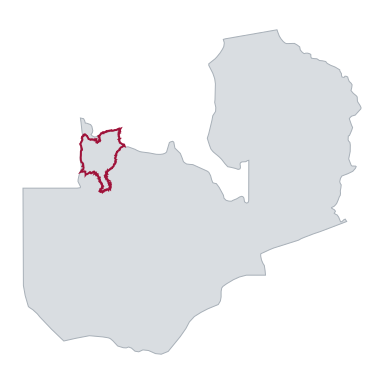 Mwinilunga, North-Western, Zambia shown in context
{"feature_id": "96606910B26185337086625", "entity_name": "Mwinilunga", "entity_type": "district", "adm_level": 2, "iso_a3": "ZMB", "parent_name": "Zambia", "parent_adm1": "North-Western", "projection": "robinson", "projection_center": [24.888, -12.156], "detail": "fine", "context": "in_parent", "style": "outline", "palette": "rose", "viewbox_px": 384, "rotation_deg": 0, "n_neighbors": 0, "source": "geoboundaries", "source_scale": "gbopen_adm2", "svg_char_len": 9289}
<svg xmlns="http://www.w3.org/2000/svg" viewBox="0 0 384 384"><path d="M265.5,275.2L246.3,275.2L239.4,277.0L233.6,279.6L226.7,283.7L222.8,286.5L221.7,288.1L221.1,291.6L221.1,297.0L220.4,300.9L218.3,304.5L207.9,308.8L201.1,312.3L194.4,316.5L189.4,321.9L185.9,328.5L180.2,336.7L168.2,351.4L161.3,354.2L155.5,353.6L148.5,350.5L142.9,349.9L138.8,351.8L135.0,351.2L131.5,348.1L128.6,347.0L126.2,347.9L123.2,347.7L117.7,346.0L112.9,340.8L110.3,338.6L108.3,337.8L102.6,336.9L89.4,335.7L75.8,338.3L63.8,341.0L51.6,329.3L39.8,316.9L37.3,313.8L32.8,309.7L29.6,307.6L28.4,306.6L25.2,295.6L23.4,285.5L23.0,188.2L76.9,188.2L80.3,187.7L80.5,186.7L78.0,181.5L78.1,179.7L78.8,176.1L81.1,169.1L81.3,166.7L80.2,159.1L80.3,154.8L80.9,146.1L80.5,143.2L81.8,139.3L82.2,136.7L82.7,135.6L82.1,132.6L81.0,122.3L80.4,118.0L83.6,118.7L84.7,120.8L85.3,123.1L86.7,123.2L90.6,124.6L91.9,126.5L92.8,130.7L92.3,132.8L91.0,134.5L92.3,136.0L94.8,137.0L96.3,136.7L100.7,133.9L104.7,132.8L106.7,132.1L115.6,130.3L117.4,129.2L118.6,129.2L119.5,130.1L118.7,133.0L118.4,135.6L119.5,140.5L120.4,142.8L122.2,144.4L123.6,145.3L125.1,147.1L128.1,146.8L135.0,149.3L137.0,150.4L139.9,151.6L141.9,152.0L149.0,152.9L156.4,154.3L160.2,154.4L163.0,154.0L164.9,153.3L166.1,152.5L166.6,151.9L169.4,142.5L170.8,141.8L172.7,141.3L173.8,142.2L174.9,148.1L180.3,153.4L182.1,157.8L183.4,161.6L184.6,162.7L186.6,164.0L189.9,164.4L192.8,164.6L207.2,171.1L208.8,172.3L210.6,175.7L211.6,179.6L212.8,182.7L214.6,183.3L216.3,183.6L217.9,185.7L219.2,187.5L223.4,195.2L224.0,198.2L226.1,200.3L228.9,201.1L231.5,201.2L233.0,200.3L236.7,198.8L239.6,197.0L241.7,196.3L242.9,196.7L243.9,198.0L244.5,201.8L246.5,203.1L248.0,202.6L248.6,201.1L248.7,200.3L248.8,160.3L247.5,160.6L245.8,161.7L242.0,161.9L240.5,162.7L240.0,164.0L240.3,165.7L240.4,167.9L239.8,169.0L238.1,169.4L235.7,168.5L231.3,167.4L227.7,166.7L225.0,163.7L221.5,159.2L219.2,156.9L213.6,152.2L212.6,151.2L210.9,149.0L209.5,145.3L208.1,140.9L207.3,138.2L208.7,133.9L212.0,120.1L212.8,115.7L215.6,111.4L215.8,107.4L214.7,102.4L215.0,99.6L215.4,83.8L214.7,78.7L212.8,73.2L208.8,65.4L208.8,63.8L215.1,58.8L216.9,56.9L220.2,52.8L222.4,49.3L223.8,46.5L224.3,42.9L223.3,39.4L225.4,38.8L277.0,29.8L277.8,32.2L279.3,36.1L281.1,39.0L283.3,41.6L285.2,43.1L286.4,43.6L294.4,43.4L297.2,45.0L299.7,46.9L300.3,50.0L301.9,51.9L303.7,53.4L304.4,53.6L305.7,53.2L307.9,53.2L309.8,53.8L310.8,54.5L310.9,57.0L311.5,58.2L314.1,58.6L316.9,58.8L319.5,60.5L322.4,60.8L325.7,61.5L327.2,63.4L330.7,65.3L335.0,67.0L339.7,69.8L339.8,70.7L340.6,72.3L341.4,73.5L341.5,75.3L341.9,76.9L343.1,77.3L344.1,77.4L345.0,76.2L346.3,76.3L347.7,77.0L348.2,78.9L349.2,81.4L351.0,83.1L352.1,84.8L351.7,87.8L351.0,90.6L353.3,93.3L356.4,95.9L357.2,97.0L357.4,100.9L357.9,102.2L360.0,105.4L361.0,107.5L360.9,108.8L355.2,115.1L351.7,116.1L350.2,117.4L349.3,118.7L351.5,125.1L352.6,127.5L351.6,130.5L349.4,135.6L348.3,136.0L348.1,139.9L348.8,141.3L349.9,142.4L350.3,145.0L350.2,151.5L348.7,158.9L351.2,165.3L352.0,166.0L355.6,166.1L356.2,166.6L355.3,168.5L352.8,171.3L348.3,173.5L341.9,176.0L340.5,178.3L339.7,181.7L340.4,183.7L341.2,184.8L340.9,187.8L340.3,190.9L340.5,193.4L340.2,195.5L339.4,196.6L338.2,199.9L336.8,203.2L335.7,204.7L334.1,206.3L331.5,207.6L331.6,208.2L334.4,209.8L335.2,210.8L335.4,211.5L334.2,213.2L335.5,214.2L337.2,215.0L338.7,217.2L340.4,221.4L340.7,221.8L341.2,221.8L342.2,221.4L343.9,219.7L345.2,219.1L346.7,221.5L319.9,231.7L313.6,233.8L304.2,237.4L301.1,238.7L298.7,240.1L273.7,248.0L269.8,249.6L260.9,253.7L260.7,254.3L260.7,256.2L261.5,260.0L263.0,263.5L264.3,265.5L265.1,270.7L265.5,275.2Z" fill="#d9dde1" stroke="#a8b0b8" stroke-width="1"/><path d="M83.7,134.8L83.9,135.6L83.2,136.2L82.6,136.2L82.0,136.9L82.1,137.6L81.9,137.9L82.1,138.0L82.0,138.3L82.3,138.9L82.4,139.8L82.2,139.9L81.7,141.4L81.4,141.7L81.3,142.2L80.9,142.7L80.6,143.8L80.4,143.8L80.2,144.0L80.6,144.5L80.6,145.0L80.9,145.3L81.1,145.8L81.2,146.8L81.4,147.1L81.4,147.8L81.7,148.2L81.6,148.3L81.7,149.0L82.0,149.6L81.9,150.0L81.4,150.2L80.9,151.4L80.9,155.2L80.7,157.6L80.9,160.8L81.3,161.3L81.4,162.1L82.5,162.9L83.2,164.1L83.0,164.7L83.3,165.3L82.6,166.2L83.1,166.4L83.6,167.1L83.3,169.2L82.3,169.7L80.8,171.9L81.5,171.6L82.1,171.8L83.3,171.6L84.3,171.3L85.3,171.6L85.2,172.4L85.6,173.5L85.6,174.6L85.8,174.3L86.7,174.3L88.0,173.6L90.0,172.1L90.6,172.5L90.7,173.2L91.1,173.3L91.6,173.2L92.6,172.4L92.8,172.5L93.3,171.8L93.7,171.7L93.7,172.0L93.9,172.0L93.8,172.3L94.3,172.6L94.5,173.2L94.9,173.3L94.8,173.5L95.2,173.3L95.4,173.6L95.7,173.4L95.6,173.9L95.9,174.0L95.9,173.8L96.2,174.2L96.2,174.5L96.8,174.4L96.7,174.6L96.4,174.6L96.4,174.8L96.6,174.7L96.9,174.8L97.1,174.5L97.4,174.9L97.5,175.0L97.1,175.2L97.3,175.3L97.2,175.6L97.8,176.0L97.9,175.8L98.0,176.3L98.3,176.5L98.4,176.3L98.4,176.7L98.6,176.8L98.9,177.2L98.7,177.3L98.9,177.5L99.0,178.0L99.4,177.9L99.3,178.2L99.5,178.2L99.3,178.8L99.6,179.0L99.6,179.3L99.3,179.3L99.7,179.6L99.6,179.8L99.8,180.0L99.7,180.2L100.0,180.5L100.1,180.9L99.9,181.0L100.4,181.4L100.2,181.9L100.6,182.3L100.3,182.3L100.7,182.7L100.6,182.9L100.9,182.6L101.3,182.8L101.5,183.7L101.3,183.8L101.5,184.3L102.0,184.4L102.0,185.0L102.5,185.5L102.2,185.7L102.3,186.2L102.2,186.5L102.3,186.6L102.3,186.4L102.6,186.6L102.2,186.8L102.4,187.5L102.6,187.7L102.6,187.9L102.0,187.7L102.0,188.5L101.2,188.6L100.8,189.7L100.7,189.9L100.4,189.7L100.3,190.1L100.5,190.1L100.4,190.1L100.2,190.0L100.2,190.4L99.7,190.7L99.7,190.9L99.9,191.0L99.7,191.2L100.0,191.4L99.9,191.5L100.5,191.9L100.9,191.6L100.6,191.5L101.2,191.5L101.0,191.1L101.2,190.8L101.4,191.0L101.4,191.5L102.2,192.2L102.4,191.6L102.7,191.8L102.7,192.0L103.0,191.9L102.5,191.2L103.2,191.0L104.0,191.1L104.5,190.8L104.7,190.5L104.5,190.2L104.9,189.9L105.3,189.8L105.7,190.1L105.7,190.4L105.9,190.4L106.2,190.2L106.3,189.6L106.9,189.3L107.1,189.7L107.8,189.4L108.4,190.0L108.5,189.5L108.9,189.4L108.9,189.1L109.3,188.8L109.5,188.9L109.8,188.7L110.1,189.0L110.1,188.5L110.4,188.3L110.6,188.6L110.5,188.0L110.2,187.9L110.4,187.5L109.6,187.3L110.0,186.6L110.2,186.9L110.4,186.7L110.7,186.8L110.7,186.6L110.4,186.4L110.5,186.0L110.1,185.8L110.4,185.4L109.5,185.0L110.2,184.5L110.5,184.7L110.8,184.5L110.7,184.3L110.3,184.3L110.5,183.7L109.9,183.7L110.1,183.2L109.8,183.2L109.8,182.9L109.5,183.1L109.5,183.4L109.3,183.3L109.0,183.4L109.0,183.2L108.8,183.1L108.8,182.8L108.5,182.7L108.7,182.3L108.3,181.7L108.7,181.5L108.3,181.5L107.6,180.9L107.9,180.2L108.1,180.2L107.6,179.9L107.7,179.7L107.5,179.3L107.2,179.3L106.9,179.0L106.7,179.1L107.0,178.8L106.8,178.5L106.6,178.6L106.7,178.2L106.8,177.7L106.7,177.5L106.4,177.6L106.6,177.1L106.3,177.0L106.3,176.8L106.1,176.7L106.2,177.0L105.9,177.6L105.8,177.3L105.6,177.3L105.5,176.9L105.4,177.1L105.0,176.9L105.1,176.5L105.5,176.5L105.3,176.5L105.3,176.1L105.3,175.8L105.5,175.6L105.2,175.5L105.4,175.3L105.4,175.0L105.5,174.8L106.0,175.0L105.8,174.7L106.2,174.2L106.3,174.3L106.6,174.2L106.2,174.0L106.4,173.8L106.3,173.5L106.7,173.7L106.8,173.4L106.6,173.3L106.8,173.1L106.3,172.5L106.3,172.2L106.8,172.5L106.7,172.1L107.0,172.0L106.9,171.6L107.1,171.2L107.4,171.0L107.5,170.7L107.6,170.9L107.8,170.9L108.0,170.5L108.3,170.6L108.4,170.3L109.0,170.2L110.0,169.1L110.5,169.2L110.8,168.9L111.1,168.2L112.1,168.1L112.4,167.1L113.0,166.9L113.6,166.2L113.9,164.6L114.3,164.5L114.3,164.2L114.6,164.2L115.2,163.6L115.2,163.0L115.6,162.6L115.9,161.7L115.7,161.2L115.2,161.3L115.2,161.0L115.8,160.1L115.7,160.1L115.7,159.9L115.6,159.5L115.7,159.4L115.6,159.2L115.0,158.1L115.7,157.3L115.6,156.5L115.8,156.2L115.6,155.9L115.8,155.9L115.8,155.4L116.3,155.3L116.4,155.0L116.1,154.5L116.2,154.3L116.1,153.9L116.2,153.7L116.4,153.7L116.7,152.6L117.0,152.4L117.0,151.8L117.5,151.7L117.8,151.0L118.2,150.7L118.9,150.4L119.0,150.1L119.4,150.0L119.4,149.4L119.9,149.3L120.0,149.0L120.0,148.5L120.8,147.5L122.6,146.7L123.5,145.7L124.6,146.1L124.1,144.6L123.0,144.3L122.3,144.3L121.4,143.5L119.8,142.7L119.6,141.3L119.1,140.9L119.3,139.8L118.7,139.4L119.1,139.1L119.3,139.3L119.9,138.6L119.3,138.5L119.2,138.3L119.1,136.5L118.8,136.3L119.0,135.9L118.6,135.3L118.4,134.0L118.5,133.9L119.1,134.0L119.3,133.7L119.2,133.1L119.4,133.0L119.0,132.8L118.7,132.3L120.0,131.5L119.4,130.8L120.0,130.4L119.9,129.8L120.5,128.7L120.0,128.9L119.5,128.5L119.0,128.6L118.1,129.2L117.6,129.2L117.1,129.7L116.4,129.8L116.2,130.0L114.5,130.1L113.7,130.6L113.1,130.5L112.1,130.8L111.8,130.5L111.2,130.6L111.1,130.3L110.3,130.6L109.6,130.6L109.3,130.9L108.2,130.8L107.7,131.3L106.6,131.0L106.4,131.1L106.4,131.7L105.8,132.1L105.2,132.0L104.3,132.5L104.0,132.2L103.0,132.2L102.5,132.5L102.4,132.7L102.7,133.2L101.4,133.2L101.4,133.6L100.8,133.9L100.4,134.4L99.9,135.5L98.4,136.1L98.4,136.4L98.8,136.6L99.1,137.5L99.5,137.6L99.4,138.2L99.8,139.0L99.9,139.9L100.2,140.4L100.0,140.7L99.8,140.6L99.6,140.9L99.4,140.8L99.5,141.1L99.3,141.1L98.9,141.3L99.0,141.7L98.8,141.4L98.6,141.4L98.5,141.8L98.3,142.0L97.6,141.8L97.7,142.2L97.4,142.3L97.0,142.1L97.0,142.6L96.4,142.4L96.3,141.2L96.5,140.3L96.0,139.5L95.8,139.6L95.9,139.4L95.6,139.5L95.3,139.3L95.2,139.8L94.7,139.6L94.3,139.9L93.9,139.7L93.4,139.8L93.2,139.6L92.9,139.7L92.5,139.4L92.2,139.5L91.8,139.3L90.9,139.4L90.7,139.8L90.3,139.7L90.0,139.4L89.8,139.4L88.5,138.9L87.8,137.3L87.3,136.7L87.1,136.0L86.4,135.7L85.7,134.8L85.1,134.4L84.3,134.4L83.7,134.8Z" fill="none" stroke="#9f1239" stroke-width="2"/></svg>